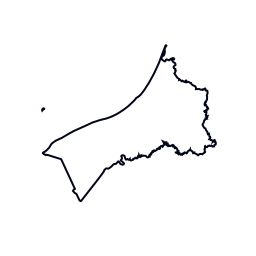 outline of Tamiahua, Veracruz, Mexico, rotated 225°
{"feature_id": "50627088B25417186263654", "entity_name": "Tamiahua", "entity_type": "district", "adm_level": 2, "iso_a3": "MEX", "parent_name": "Mexico", "parent_adm1": "Veracruz", "projection": "robinson", "projection_center": [-97.548, 21.34], "detail": "fine", "context": "isolated", "style": "outline", "palette": "ink", "viewbox_px": 256, "rotation_deg": 225, "n_neighbors": 0, "source": "geoboundaries", "source_scale": "gbopen_adm2", "svg_char_len": 5787}
<svg xmlns="http://www.w3.org/2000/svg" viewBox="0 0 256 256"><g transform="rotate(225 128 128)"><path d="M70.4,148.9L70.4,149.1L70.9,148.7L71.0,148.9L70.9,149.6L70.9,150.0L70.5,150.5L70.6,150.8L69.8,151.3L68.9,151.4L69.0,152.0L68.7,152.1L69.2,154.5L69.0,155.3L68.5,155.8L68.8,156.7L68.4,156.4L67.1,156.9L64.9,156.7L64.4,157.1L64.4,156.6L64.1,156.3L63.2,157.3L59.9,158.3L59.1,158.3L59.0,159.8L58.6,160.7L57.5,161.7L56.9,161.9L56.7,164.0L56.4,164.9L56.6,165.7L57.5,165.8L58.5,167.0L58.8,167.1L58.8,167.4L59.1,167.5L59.6,168.7L60.6,169.4L60.6,169.8L59.5,169.7L58.8,170.2L58.6,170.4L58.6,171.2L58.7,172.0L58.4,172.2L58.0,173.2L57.3,173.3L56.5,174.5L55.7,174.5L55.5,174.8L54.9,174.8L54.7,175.2L54.3,175.3L54.3,175.2L54.1,175.7L54.8,177.2L54.4,178.3L54.9,179.1L56.1,180.0L56.4,180.1L57.2,179.4L57.5,180.4L58.2,180.7L58.7,179.6L58.0,179.1L58.4,179.0L58.4,178.4L58.9,179.2L60.9,178.1L61.1,178.2L62.6,177.5L62.8,179.2L63.1,179.6L63.6,179.8L64.3,179.5L66.7,181.2L67.2,180.1L69.2,181.4L71.2,181.6L72.8,182.4L74.6,182.0L76.5,182.7L77.3,182.8L77.8,183.4L78.4,185.7L79.0,186.3L79.5,187.7L79.3,188.1L79.6,189.0L79.2,189.6L79.6,189.7L79.3,190.0L79.5,190.0L79.6,190.4L79.2,190.5L79.4,191.5L79.8,191.6L80.0,192.0L80.1,191.6L80.3,191.6L80.6,191.9L80.5,192.4L81.2,192.1L80.9,191.8L81.0,191.6L81.6,192.1L82.3,192.2L82.4,192.9L82.9,193.6L83.6,194.2L84.0,194.2L84.1,194.6L83.9,194.8L84.1,195.0L84.6,195.0L85.1,194.3L85.0,193.9L85.1,193.6L85.8,193.7L86.0,194.1L85.4,195.0L85.4,195.6L85.1,195.6L85.1,196.7L84.9,196.8L84.9,198.0L85.4,198.2L85.3,198.5L86.3,198.8L86.3,198.2L88.9,199.4L89.3,198.9L89.8,199.3L90.0,198.5L90.4,198.7L90.7,199.2L91.0,199.4L91.1,200.0L91.6,200.5L91.3,201.1L91.4,201.3L91.7,201.2L91.7,201.6L91.5,201.9L92.0,202.8L92.2,203.9L94.2,206.1L95.1,206.5L95.5,207.1L96.3,208.8L96.9,209.5L97.4,209.7L98.3,210.4L99.5,209.5L100.1,209.6L100.9,210.4L101.5,210.4L102.0,208.2L102.3,208.2L102.3,207.6L102.8,207.5L103.1,207.0L103.6,206.6L105.3,205.9L106.0,204.9L107.3,204.0L107.5,203.6L108.1,204.3L109.6,205.0L110.1,205.0L112.0,204.2L113.6,203.9L114.1,203.9L115.1,204.4L115.9,203.9L117.7,203.5L118.3,202.9L118.7,202.0L119.0,201.7L119.3,201.9L119.2,202.3L120.4,202.7L120.6,202.4L120.5,201.8L120.0,201.5L120.0,200.9L120.4,200.7L120.3,201.2L120.8,201.1L121.0,200.6L121.8,200.3L122.1,200.0L122.9,200.0L123.2,199.0L123.8,199.1L124.5,198.8L125.9,198.9L126.0,198.4L126.3,198.8L128.7,198.4L133.8,199.4L134.0,200.8L134.8,201.7L134.7,202.3L135.1,202.5L135.7,202.4L136.3,203.2L137.8,202.8L138.8,203.2L139.2,204.2L139.0,206.1L139.5,206.7L140.6,207.1L142.5,206.7L144.7,207.0L145.1,207.3L145.2,207.8L144.0,209.2L144.3,209.6L144.7,209.7L145.7,209.2L146.5,207.6L146.7,207.0L146.6,205.5L146.8,204.9L148.7,204.1L149.3,203.7L149.4,203.2L148.9,201.8L149.0,201.2L149.3,201.0L151.5,200.5L153.1,200.6L153.8,201.1L154.4,202.4L154.5,203.2L154.0,204.5L154.7,206.4L156.3,208.5L157.0,208.8L158.0,209.8L158.8,212.0L159.1,213.4L159.4,213.4L159.6,213.1L160.1,213.1L160.3,213.0L160.0,213.0L159.9,212.8L160.1,212.6L159.8,212.8L151.9,195.3L148.1,184.9L145.1,174.6L143.3,166.2L142.6,160.7L142.7,158.6L143.1,156.4L143.7,156.4L143.2,156.4L143.5,155.8L143.8,155.8L143.5,155.7L143.0,152.2L143.2,144.0L143.9,138.5L145.0,133.0L146.2,128.6L148.0,123.7L149.8,119.8L153.3,114.0L156.9,107.0L160.0,98.5L163.9,88.4L165.6,82.8L167.8,74.2L170.1,68.0L170.9,63.3L170.7,61.5L170.2,60.1L169.8,57.9L169.8,54.3L170.0,52.5L170.6,51.0L170.6,50.3L170.3,50.0L169.9,50.0L168.8,50.1L168.4,50.4L168.1,50.3L167.2,50.9L166.9,50.8L166.5,51.5L165.6,52.2L153.2,58.7L122.5,47.4L122.8,46.0L122.4,44.6L119.9,44.4L117.9,44.9L111.2,42.6L110.4,42.6L109.7,42.9L109.6,43.4L113.0,71.4L114.3,80.1L114.9,81.2L115.0,83.2L114.9,83.8L114.6,84.3L113.3,85.2L112.9,86.0L112.5,88.9L112.5,92.4L111.2,94.1L111.3,97.4L110.6,97.7L108.2,97.3L107.3,97.4L105.9,98.2L105.4,99.0L105.5,99.5L105.7,100.0L106.3,100.2L108.0,100.2L110.1,99.9L110.3,100.1L110.4,101.3L110.6,102.0L111.7,102.9L112.8,103.3L112.9,104.0L112.8,104.5L112.5,105.0L111.8,105.5L111.0,105.7L109.9,105.4L108.3,104.5L107.3,104.2L106.6,104.8L106.5,105.6L104.9,106.1L104.7,106.7L104.8,107.4L104.0,106.8L103.0,107.1L102.6,107.7L102.0,109.2L102.5,110.0L101.8,110.8L101.8,112.2L101.3,112.6L100.7,112.4L100.0,113.2L101.1,115.7L100.8,116.1L101.0,116.4L99.8,115.8L99.8,116.4L100.3,116.5L99.9,117.0L99.0,116.6L99.1,117.5L98.6,117.4L98.5,118.3L97.9,118.2L98.4,118.5L97.8,118.7L97.7,118.9L97.9,119.0L95.8,120.8L93.5,120.9L93.1,121.3L93.0,122.4L92.6,123.0L92.5,123.4L92.7,123.9L92.6,123.6L93.7,123.8L93.7,124.4L93.3,124.4L93.0,125.2L93.7,125.2L93.6,126.5L93.9,126.7L93.6,127.9L93.4,127.9L93.3,128.6L94.3,128.8L94.2,129.6L93.9,130.2L93.4,129.8L93.2,130.4L92.5,130.0L92.8,130.2L92.1,133.2L92.1,133.4L92.4,133.4L92.7,133.8L92.3,134.5L91.3,135.1L91.4,135.6L91.6,135.4L91.9,135.6L91.9,136.1L92.1,136.3L91.8,136.7L91.4,136.2L90.9,135.8L90.8,136.1L91.3,137.0L91.9,137.4L91.9,138.5L91.3,139.0L91.2,139.5L90.3,139.3L90.3,139.5L90.8,139.7L90.4,142.5L91.4,142.4L92.2,142.9L93.6,143.3L93.1,143.5L92.2,143.4L91.3,144.3L90.9,144.2L90.9,144.9L90.7,145.1L90.3,144.8L90.3,144.2L89.6,144.8L89.0,144.6L88.7,143.7L88.4,143.8L88.3,144.5L87.9,144.1L88.2,143.7L88.2,143.4L87.7,143.5L87.0,144.4L86.8,144.4L87.1,143.6L86.8,143.5L86.2,144.3L86.1,145.0L85.2,145.3L84.7,146.5L84.7,147.4L83.7,147.9L83.5,147.6L83.7,147.2L83.1,146.8L82.4,147.8L82.1,147.8L81.6,147.7L81.3,147.1L80.6,146.8L80.3,147.3L80.4,148.0L79.5,148.1L77.6,147.6L77.2,147.1L76.8,147.1L76.6,146.9L76.3,146.9L76.0,147.3L75.4,146.7L74.8,146.7L75.2,146.2L75.9,146.1L76.8,144.9L76.9,144.6L76.3,144.5L76.1,144.9L75.0,145.5L74.0,145.2L74.1,146.2L73.4,146.3L72.1,146.2L71.8,146.8L70.9,147.2L71.1,147.5L71.6,147.6L71.6,147.8L71.4,147.9L71.3,148.4L70.4,148.9ZM201.5,82.3L201.9,81.7L201.8,80.7L201.4,79.9L201.0,79.7L201.1,80.6L200.6,82.0L200.8,82.3L201.5,82.3Z" fill="none" stroke="#020617" stroke-width="2"/></g></svg>